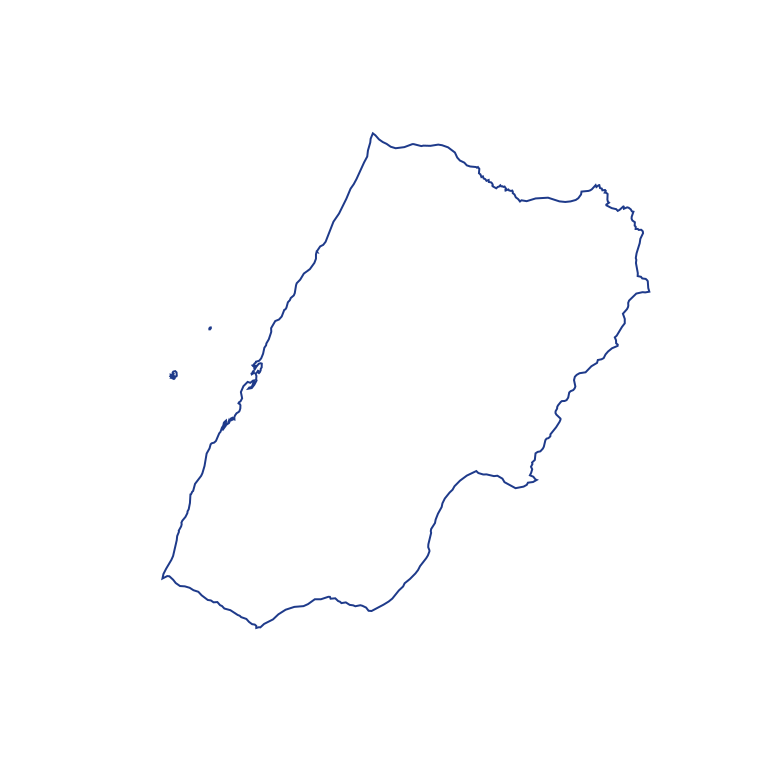 outline of Afabet, Semenawi Keyih Bahri, Eritrea, rotated 215°
{"feature_id": "51966322B88342452003506", "entity_name": "Afabet", "entity_type": "district", "adm_level": 2, "iso_a3": "ERI", "parent_name": "Eritrea", "parent_adm1": "Semenawi Keyih Bahri", "projection": "equal_earth", "projection_center": [38.928, 16.403], "detail": "fine", "context": "isolated", "style": "outline", "palette": "blue", "viewbox_px": 768, "rotation_deg": 215, "n_neighbors": 0, "source": "geoboundaries", "source_scale": "gbopen_adm2", "svg_char_len": 6169}
<svg xmlns="http://www.w3.org/2000/svg" viewBox="0 0 768 768"><g transform="rotate(215 384 384)"><path d="M501.6,323.6L501.0,324.3L500.1,323.4L500.5,324.8L500.0,325.1L499.8,323.3L499.2,322.4L498.3,322.3L498.5,324.7L498.2,328.8L496.9,330.3L495.8,330.6L493.7,327.4L493.7,325.8L492.9,324.5L492.5,322.5L492.7,321.2L494.1,321.3L494.9,323.4L494.7,320.7L495.2,318.8L493.1,317.4L491.4,314.5L490.4,313.8L489.8,309.1L490.0,304.8L492.4,302.4L492.3,303.9L491.3,304.5L490.8,306.8L492.4,312.5L493.2,311.7L494.2,308.3L496.9,307.5L497.9,301.6L496.6,295.3L492.0,290.9L491.6,287.5L492.3,285.7L492.1,284.7L490.3,284.8L489.4,284.2L487.7,281.6L486.9,279.1L487.0,277.7L488.0,275.5L488.0,272.9L487.6,271.0L486.2,269.2L487.0,269.0L487.7,267.8L488.2,269.2L488.8,269.4L489.6,267.9L488.6,263.1L488.8,262.6L489.3,264.7L490.0,265.2L489.1,262.0L490.0,260.3L489.7,259.1L489.8,254.3L490.5,254.5L491.0,255.6L490.7,257.7L491.9,259.8L491.3,261.3L491.7,262.6L492.4,263.4L492.9,261.3L492.9,260.3L491.8,257.8L491.7,255.3L490.5,251.0L490.7,249.1L489.0,241.0L489.5,238.6L491.2,236.5L491.4,235.1L490.0,231.2L489.4,225.3L484.0,213.9L481.6,206.8L481.1,203.9L481.5,193.8L479.0,186.9L479.3,185.8L478.8,183.0L479.2,182.5L474.7,175.2L472.1,169.3L471.9,167.1L471.0,165.4L470.4,161.2L470.8,156.4L470.4,154.2L469.3,153.1L468.5,151.0L468.0,146.1L467.2,145.3L466.2,140.8L464.2,137.2L458.1,122.1L457.3,117.9L456.5,107.6L455.7,101.9L453.9,97.6L451.4,102.3L449.5,103.4L444.4,102.7L440.5,101.5L435.2,101.5L431.1,104.0L426.3,105.6L421.8,105.8L416.9,107.3L412.2,106.3L404.5,106.0L401.7,107.4L398.4,107.4L395.4,109.8L391.4,108.8L389.4,109.2L386.0,108.5L380.1,110.6L371.3,110.9L369.3,111.4L367.3,111.1L362.0,112.6L358.1,111.7L354.3,111.6L351.9,112.8L349.9,112.6L348.7,110.9L346.9,113.1L345.7,113.7L344.6,118.7L339.9,127.5L338.4,134.8L335.1,142.7L329.6,150.0L322.5,155.9L320.0,160.1L317.2,168.0L312.2,171.5L307.5,177.8L306.2,178.6L304.6,177.5L301.0,180.5L297.0,179.9L295.2,180.4L293.2,180.1L290.0,183.2L285.4,183.4L282.3,185.0L280.0,185.5L276.5,189.2L274.6,189.9L270.4,190.6L266.6,189.4L264.0,190.9L257.8,203.0L255.4,208.5L254.1,213.0L253.4,223.5L252.2,229.1L252.8,232.6L250.9,239.2L249.6,246.8L249.4,251.2L250.0,255.5L249.5,265.5L249.7,268.7L250.8,273.0L251.5,273.9L254.2,275.7L255.7,278.1L260.0,289.1L261.3,290.3L262.2,292.3L262.5,299.4L263.9,302.5L265.4,308.7L266.2,316.3L267.7,319.8L268.5,325.1L268.0,332.7L267.2,336.7L267.6,340.7L266.3,348.4L263.6,356.5L258.5,365.6L255.6,365.2L250.8,366.8L248.1,368.8L241.1,371.6L238.5,373.9L232.7,374.4L229.0,372.7L216.5,374.1L210.8,380.0L209.2,383.3L209.5,385.7L205.7,389.2L203.9,393.0L205.2,392.7L208.5,393.7L212.1,392.9L212.5,395.6L213.7,399.2L216.1,400.5L216.5,403.6L217.7,404.6L216.9,408.3L220.1,414.1L219.2,416.5L217.3,418.5L216.8,422.2L217.1,424.3L219.6,430.6L219.5,432.5L218.3,433.9L217.9,435.5L217.8,436.7L218.8,438.2L218.2,447.3L218.5,453.8L219.0,456.1L219.6,456.9L225.3,457.8L226.9,458.6L227.8,460.1L228.1,463.2L228.9,464.4L229.2,466.2L228.9,470.7L228.5,472.0L226.3,473.7L225.2,475.5L225.3,478.5L227.4,483.3L227.0,485.2L225.5,487.5L225.3,489.6L225.8,491.7L230.6,496.2L231.8,499.4L231.4,502.0L230.0,505.0L225.6,509.2L224.3,517.5L221.6,523.5L222.6,526.3L220.0,529.0L218.9,531.2L219.5,535.3L219.1,539.2L217.7,544.1L214.5,549.2L215.1,550.3L217.2,550.5L219.0,552.9L221.7,554.6L221.1,557.0L221.8,567.3L221.6,571.8L224.1,575.4L228.6,578.6L227.9,584.7L228.2,586.8L228.8,588.3L230.5,590.5L231.1,592.9L229.2,602.8L224.9,607.5L222.5,608.9L219.6,611.8L222.6,614.2L226.9,619.5L227.9,619.9L229.9,620.2L233.0,618.6L235.0,619.2L238.1,617.9L239.7,620.4L247.0,627.6L248.5,630.4L250.0,631.6L252.1,636.0L255.3,646.0L257.3,650.0L258.3,656.1L259.6,657.5L261.7,657.9L263.8,656.3L265.1,656.6L266.8,655.3L268.0,657.2L269.5,657.5L271.3,660.4L274.3,660.4L276.0,661.4L277.0,663.0L278.5,668.2L280.0,667.6L282.0,668.6L284.7,668.7L286.1,668.2L288.0,665.2L289.4,666.8L289.8,666.7L290.9,661.8L291.8,659.9L294.1,660.4L298.3,658.7L304.3,657.9L304.8,658.5L303.7,661.6L305.2,661.8L306.8,663.2L309.8,667.9L311.6,668.1L312.9,667.4L313.1,669.4L314.2,669.7L316.2,667.9L317.7,669.0L319.4,668.4L321.7,670.4L322.2,669.9L323.0,667.2L324.7,668.3L325.4,662.8L326.1,661.0L327.2,659.5L332.6,654.9L331.3,652.3L331.4,647.6L332.5,644.7L335.9,640.6L339.9,637.1L345.1,634.2L356.5,630.7L366.2,623.0L372.0,615.6L376.8,613.3L377.3,611.5L380.1,612.4L383.1,612.5L385.8,614.1L388.0,614.2L388.9,615.5L389.9,616.0L390.7,615.0L392.6,614.3L393.7,614.7L395.4,612.2L396.0,612.8L396.1,614.0L398.5,614.9L399.3,613.9L400.4,613.9L401.3,613.1L402.7,613.5L403.0,611.7L403.9,610.6L404.3,608.7L408.4,608.3L408.9,608.5L409.0,609.4L410.4,610.3L411.9,610.6L414.0,609.6L415.3,611.1L416.6,609.2L418.5,609.9L420.2,609.5L422.1,610.8L422.9,609.4L425.2,611.0L427.1,611.1L429.3,614.9L431.5,615.6L431.9,614.5L433.1,614.5L438.2,611.6L441.6,610.6L445.2,611.4L450.0,610.6L453.9,611.5L458.7,614.3L467.3,614.6L473.4,612.9L476.9,611.2L482.6,605.7L488.4,601.9L489.9,600.3L497.3,597.5L498.4,596.7L503.2,589.7L509.7,583.8L514.6,582.2L519.6,582.2L523.8,581.5L528.4,581.5L533.8,582.8L536.9,582.9L535.6,577.2L533.8,574.0L531.1,566.1L528.2,560.7L527.4,554.1L524.1,536.2L523.4,530.3L523.4,524.8L521.1,514.2L518.6,497.8L518.5,488.0L513.4,467.0L513.6,463.1L515.2,460.1L515.1,454.2L514.5,453.9L515.1,453.8L514.1,451.2L511.6,447.6L510.5,443.3L510.6,435.6L513.0,428.5L512.5,421.4L513.3,416.5L512.7,414.5L509.2,407.2L508.7,404.8L509.7,401.0L509.2,398.6L509.6,395.8L507.7,390.5L507.6,388.6L508.2,387.5L506.5,380.6L507.0,376.6L509.2,373.2L508.5,365.0L506.3,362.1L505.8,360.6L504.0,354.5L503.6,349.7L502.8,348.1L502.8,345.1L500.4,339.4L499.3,334.5L499.6,331.4L501.7,328.8L501.3,328.1L501.8,326.5L501.8,324.4L502.3,323.8L501.6,323.6ZM561.0,270.2L559.2,268.6L559.5,267.5L559.0,267.6L558.7,268.5L559.4,270.4L558.4,271.2L558.5,271.9L560.6,274.5L562.4,274.8L563.7,273.3L563.7,272.2L563.3,271.6L562.2,271.7L562.1,270.3L561.0,270.2ZM560.9,269.1L561.4,268.8L561.8,269.6L562.8,269.8L564.1,269.3L563.5,268.7L563.5,267.8L562.1,268.0L562.0,266.9L560.7,267.6L560.9,269.1ZM498.2,320.0L498.6,319.1L498.1,317.5L498.5,316.6L497.9,316.1L496.9,318.4L498.2,320.0ZM558.3,331.0L558.8,330.7L559.0,329.4L558.4,328.6L557.9,328.9L557.8,330.3L558.3,331.0Z" fill="none" stroke="#1e3a8a" stroke-width="2"/></g></svg>